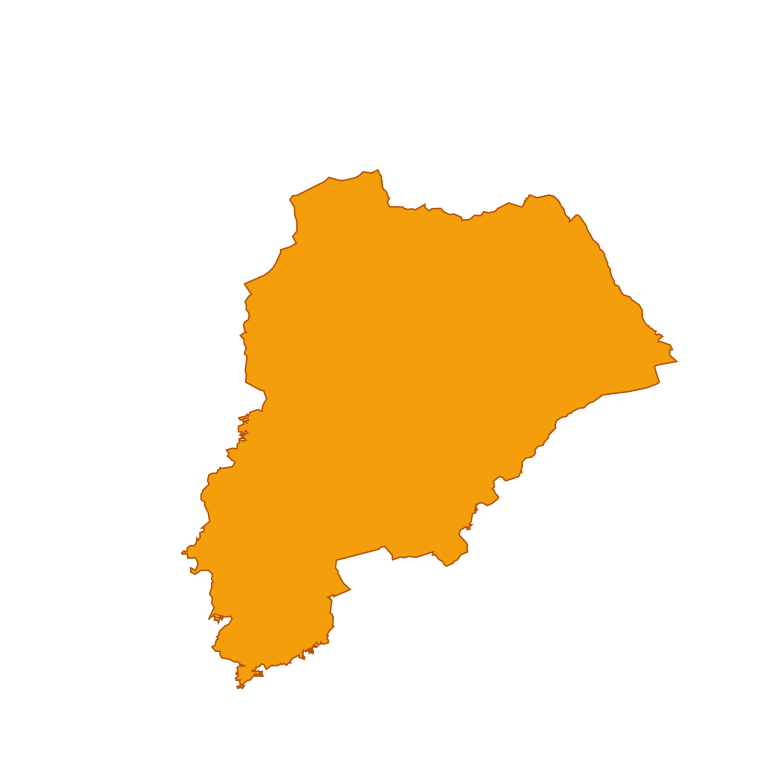 outline of Suciu De Sus, Maramures, Romania, rotated 153°
{"feature_id": "2599482B58467400013366", "entity_name": "Suciu De Sus", "entity_type": "district", "adm_level": 2, "iso_a3": "ROU", "parent_name": "Romania", "parent_adm1": "Maramures", "projection": "robinson", "projection_center": [24.066, 47.421], "detail": "fine", "context": "isolated", "style": "filled", "palette": "amber", "viewbox_px": 768, "rotation_deg": 153, "n_neighbors": 0, "source": "geoboundaries", "source_scale": "gbopen_adm2", "svg_char_len": 6171}
<svg xmlns="http://www.w3.org/2000/svg" viewBox="0 0 768 768"><g transform="rotate(153 384 384)"><path d="M345.3,591.4L375.5,591.6L380.3,593.1L384.3,590.8L383.4,582.5L386.8,575.2L387.9,568.2L392.1,559.8L398.4,556.9L398.4,549.1L405.3,548.8L415.3,550.5L416.0,548.3L425.8,540.6L430.2,537.9L436.3,536.0L442.0,535.3L462.9,536.6L461.5,523.9L464.5,523.7L470.4,520.3L470.8,516.7L473.0,512.9L472.1,508.6L473.5,505.5L475.9,502.8L480.0,502.4L482.6,500.1L483.8,494.8L483.4,492.4L485.0,493.2L490.0,492.4L488.6,487.2L490.4,483.1L490.3,478.7L494.6,474.5L493.6,471.3L494.3,469.5L501.6,458.9L502.5,454.4L506.4,448.5L497.0,434.9L494.3,432.5L495.3,424.2L501.7,419.9L505.2,414.9L507.9,418.5L516.3,419.6L519.6,416.9L519.8,419.2L521.5,418.1L528.7,419.8L528.8,417.8L527.8,416.7L522.2,416.3L521.0,414.1L521.9,412.9L524.1,414.5L524.0,411.9L526.6,415.3L527.1,411.9L533.0,412.4L535.3,407.5L532.3,405.7L533.4,404.5L532.0,402.8L528.4,405.2L527.6,402.2L533.4,402.4L534.2,404.6L535.6,404.1L533.3,400.7L536.3,400.8L532.8,398.4L532.7,396.5L535.8,397.4L538.2,400.3L539.2,397.8L541.8,397.1L544.4,393.0L548.5,395.7L554.5,396.6L553.6,392.6L556.4,390.5L555.1,389.0L554.3,385.2L552.6,383.5L552.6,381.6L556.7,379.2L566.2,382.2L568.1,383.9L569.0,382.4L570.9,382.9L573.4,380.4L578.1,382.6L581.3,382.5L585.0,378.0L585.6,374.0L594.0,371.5L594.6,370.0L597.0,368.8L599.4,364.1L597.3,360.0L598.9,357.4L599.1,348.9L601.8,340.7L611.7,338.4L609.6,337.4L610.2,335.9L611.8,334.6L615.6,335.1L617.3,330.9L620.6,329.3L620.7,331.4L622.8,328.3L626.6,326.0L629.9,327.9L633.2,327.5L635.7,324.5L637.3,324.5L637.8,326.0L640.7,325.5L641.0,323.9L636.3,322.0L637.9,317.9L630.9,314.8L630.8,310.4L631.9,307.4L636.9,303.7L639.7,308.0L641.6,304.1L638.7,300.2L631.8,301.1L624.9,297.6L623.2,292.3L626.1,288.6L626.2,285.1L627.7,285.2L629.7,281.1L634.6,276.3L634.1,271.3L637.1,266.5L636.7,262.0L647.3,253.7L643.5,255.1L641.0,254.2L640.6,253.3L642.3,250.5L639.6,249.2L640.0,246.5L636.4,250.3L635.6,247.5L633.3,249.2L640.0,252.8L640.6,255.3L639.3,255.7L631.1,248.3L626.0,246.6L626.0,243.8L631.4,240.4L635.5,240.5L642.7,238.4L646.3,234.5L647.7,234.7L647.3,232.1L649.5,232.1L653.2,227.9L656.7,227.9L655.4,222.4L651.8,220.5L653.1,216.1L652.9,213.7L646.5,208.8L643.5,204.3L640.8,203.2L639.4,200.7L639.9,199.8L635.6,195.9L641.6,198.5L643.7,198.0L644.6,194.4L647.1,193.4L647.4,192.1L645.4,192.4L646.6,189.9L650.0,189.2L649.3,188.3L650.2,187.1L646.5,185.6L648.0,184.4L648.1,181.5L650.7,180.5L652.3,181.2L652.4,179.2L649.4,178.7L648.2,177.0L645.2,178.8L649.0,180.3L640.1,181.8L637.5,181.0L632.8,183.1L628.7,180.8L629.8,182.5L631.4,182.9L631.5,184.0L629.1,183.1L627.9,181.3L625.7,183.6L625.7,181.4L627.2,179.8L624.4,178.6L624.3,181.3L623.0,183.2L624.5,183.2L626.4,185.5L629.4,186.1L632.5,188.7L628.9,187.6L627.2,188.3L626.6,189.9L623.5,188.8L620.1,190.3L618.4,188.3L618.5,183.2L611.2,184.4L610.8,183.3L606.1,181.3L602.9,181.8L602.9,180.8L599.8,180.0L598.7,177.7L595.3,178.9L593.7,177.8L592.9,180.0L589.6,181.0L582.6,181.1L583.9,179.2L580.0,174.9L578.7,176.9L580.5,177.6L579.2,178.5L579.8,178.8L577.9,181.4L578.4,181.9L576.6,183.4L575.0,180.9L573.6,181.1L573.5,182.6L572.3,179.9L571.3,180.5L572.4,180.5L571.7,182.1L569.4,181.7L570.2,180.1L568.6,180.1L569.1,178.5L571.9,179.4L572.8,178.1L571.1,178.2L569.7,176.1L568.4,177.4L568.0,181.3L566.0,182.0L566.4,183.3L564.7,180.5L562.5,180.2L564.9,183.2L561.2,184.2L561.6,182.0L560.0,181.0L558.5,181.2L557.4,182.8L556.5,179.8L551.0,178.7L549.9,181.3L550.6,183.1L548.1,184.9L548.9,186.0L545.0,188.7L538.8,190.8L539.4,191.9L535.2,199.0L534.8,202.7L536.1,204.1L528.7,215.1L530.0,216.9L529.1,217.7L530.8,219.5L524.4,219.1L525.2,217.4L507.4,216.2L510.6,224.9L511.0,236.3L509.9,238.3L510.8,242.1L506.4,248.6L463.4,239.1L461.7,240.0L457.3,239.1L454.4,227.8L456.2,223.5L447.6,222.3L444.8,220.0L440.2,219.2L434.0,215.0L416.2,212.1L418.5,209.6L415.8,208.5L414.8,202.9L412.3,199.1L412.4,196.1L411.1,193.4L403.6,193.0L403.3,193.9L398.1,194.1L393.0,197.0L385.8,196.5L384.3,200.8L382.8,202.0L382.7,205.3L385.5,214.9L384.7,216.7L382.3,219.1L376.0,219.6L375.9,216.4L373.2,215.8L374.4,218.5L372.5,217.7L369.6,218.8L371.8,220.0L368.6,222.1L364.0,228.4L360.9,227.5L359.7,229.6L358.3,229.1L357.8,231.5L361.1,229.5L356.6,235.0L355.9,233.9L354.1,234.8L350.2,233.5L347.2,228.8L341.9,228.5L334.7,230.1L333.2,231.6L334.5,236.3L334.1,239.2L335.4,241.4L332.2,242.2L330.6,247.7L323.0,249.1L320.1,246.2L320.5,244.3L319.4,242.4L306.1,240.4L301.9,243.6L301.3,242.9L300.9,245.1L297.6,248.6L296.6,251.6L291.1,253.6L286.4,252.0L282.7,252.4L280.4,253.9L279.5,256.8L275.4,258.4L269.9,257.4L267.1,259.7L262.3,261.2L260.1,263.8L251.0,266.9L250.2,269.8L246.7,273.1L241.0,273.7L236.1,272.3L233.3,273.9L230.3,272.9L228.3,273.9L220.8,273.8L216.5,272.0L210.6,273.9L205.5,273.2L194.0,275.0L169.0,266.0L150.9,261.2L140.6,260.2L138.0,260.5L135.3,276.4L132.6,277.0L112.9,271.2L116.4,280.0L113.9,284.5L111.3,283.7L111.4,288.9L118.4,296.3L120.5,297.0L118.8,299.1L119.4,299.3L114.1,299.8L115.2,302.5L116.7,303.9L118.7,303.7L119.7,305.2L117.6,307.7L119.5,309.1L120.0,311.7L121.9,313.8L121.6,315.4L123.1,317.3L123.7,320.2L123.6,326.2L120.4,332.3L120.7,338.4L124.9,346.5L125.6,350.2L130.1,354.6L130.9,357.5L130.5,364.7L133.3,367.7L132.2,371.4L132.5,375.7L131.4,381.7L130.3,383.4L130.8,388.9L129.9,389.9L129.3,398.2L128.5,399.3L129.2,404.2L130.3,405.7L129.7,411.5L132.2,417.2L132.7,429.1L132.0,433.0L133.3,443.6L134.3,446.2L136.1,447.2L145.0,444.5L143.6,447.6L145.6,452.1L144.4,458.4L145.5,463.0L145.0,466.7L147.4,474.1L151.2,477.4L163.2,480.5L168.1,486.2L169.4,486.2L169.8,484.7L173.1,484.6L173.2,483.4L175.2,483.5L178.0,480.4L180.9,479.1L190.6,488.6L202.9,488.7L207.1,487.4L213.1,489.0L216.9,492.3L221.2,490.0L226.7,493.2L233.3,491.7L240.1,494.7L239.4,497.6L244.6,503.7L248.7,505.2L252.5,510.1L253.6,514.6L261.6,518.4L264.9,517.9L266.0,518.8L267.3,522.9L265.9,525.5L277.0,525.0L279.2,527.1L283.8,528.9L286.4,531.3L286.8,533.1L298.4,539.3L298.8,544.3L294.9,546.8L295.4,550.5L294.6,551.8L295.0,556.3L296.0,557.2L295.9,560.8L294.7,562.9L295.1,564.5L293.6,565.3L293.5,567.8L291.9,570.2L292.6,571.9L292.2,577.5L299.2,577.6L306.4,582.5L311.4,580.9L316.2,580.8L327.7,583.7L331.5,585.8L339.1,593.0L345.3,591.4Z" fill="#f59e0b" stroke="#b45309" stroke-width="1.5"/></g></svg>